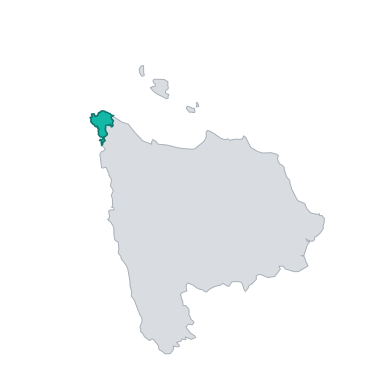 where Gerona sits in Spain, rotated 244°
{"feature_id": "ESP-5820", "entity_name": "Gerona", "entity_type": "Autonomous Community", "adm_level": 1, "iso_a3": "ESP", "parent_name": "Spain", "parent_adm1": "", "projection": "orthographic", "projection_center": [2.529, 42.07], "detail": "fine", "context": "in_parent", "style": "filled", "palette": "teal", "viewbox_px": 384, "rotation_deg": 244, "n_neighbors": 0, "source": "natural_earth", "source_scale": "10m", "svg_char_len": 6409}
<svg xmlns="http://www.w3.org/2000/svg" viewBox="0 0 384 384"><g transform="rotate(244 192 192)"><path d="M204.3,104.2L204.3,105.2L205.8,107.1L210.5,108.4L211.7,109.2L211.4,111.7L210.1,113.7L211.1,114.7L212.3,114.7L213.7,113.1L214.0,114.2L216.1,115.4L220.9,117.5L224.3,117.9L227.7,121.9L233.4,121.4L238.5,125.3L243.4,124.6L244.5,125.3L252.0,125.6L252.5,122.6L253.4,121.4L266.4,125.8L268.0,128.5L267.7,129.8L268.3,132.8L270.1,132.7L273.6,131.1L278.0,133.2L279.2,135.1L280.1,135.2L283.5,133.4L292.6,135.6L293.0,134.2L293.6,133.7L297.5,132.4L299.0,132.1L303.9,133.1L304.5,134.8L305.5,135.4L305.9,136.9L303.0,137.8L302.7,140.4L304.5,142.6L304.8,146.4L299.9,151.2L285.7,159.5L281.0,164.4L270.3,166.8L259.3,170.3L252.6,176.7L254.3,177.3L256.2,179.5L255.5,180.5L252.6,182.0L250.0,182.3L245.0,190.3L238.1,198.5L235.5,202.1L229.9,211.7L229.8,214.5L232.1,224.3L233.5,226.9L235.6,229.1L239.6,231.0L240.5,232.8L239.1,234.5L235.0,237.4L227.8,241.3L224.7,244.4L224.0,247.5L221.9,248.8L220.9,253.1L217.9,259.1L217.7,260.7L219.8,262.9L217.6,264.2L206.6,264.3L199.6,268.7L196.0,272.7L192.6,280.4L188.6,284.8L186.9,285.6L184.4,283.4L181.2,282.9L178.1,283.4L176.4,284.9L173.8,285.6L171.3,284.7L165.9,283.9L163.5,283.8L159.7,284.9L156.5,283.8L151.1,282.9L139.3,283.1L137.8,283.4L132.2,288.2L126.5,287.9L121.2,289.5L117.3,294.3L116.4,297.0L115.5,296.2L114.6,296.4L114.1,298.4L110.4,299.4L106.5,297.3L103.4,294.5L101.7,294.1L99.2,289.9L98.2,287.2L97.6,284.4L97.7,282.5L95.3,281.2L94.9,278.6L97.1,275.6L99.6,274.1L97.4,274.0L95.6,275.9L93.8,272.3L86.0,264.9L86.7,262.7L85.1,264.2L84.1,264.6L79.8,263.8L74.7,264.0L73.8,252.8L75.5,249.1L81.8,242.2L85.4,241.5L87.1,237.8L84.0,237.6L79.8,229.6L81.8,222.7L87.3,218.1L88.4,216.0L88.7,214.1L87.9,212.6L85.3,211.6L83.1,205.7L82.9,202.2L80.8,200.0L79.3,196.4L81.1,196.1L88.1,196.9L89.8,196.2L91.3,194.0L93.1,190.4L93.6,188.1L91.3,184.6L91.2,183.9L91.7,182.8L96.3,179.6L95.8,176.8L97.1,171.1L97.1,167.7L96.9,164.9L95.8,161.2L96.9,159.9L99.2,158.9L101.3,156.2L104.1,154.0L107.6,152.4L111.9,148.6L111.4,146.6L110.2,145.4L105.6,144.1L105.4,143.2L105.9,138.5L104.9,136.5L103.1,136.6L100.6,135.5L99.9,135.9L96.6,135.4L94.4,134.3L93.3,134.9L92.8,136.5L88.8,137.7L86.6,137.4L83.1,135.5L79.0,135.5L78.5,135.1L74.8,136.6L73.7,136.5L72.5,134.0L74.8,130.9L73.5,127.6L72.5,127.4L65.8,128.8L61.6,131.4L60.1,131.5L59.6,130.9L60.0,126.6L64.5,122.6L62.1,121.9L62.4,120.6L64.3,118.7L62.8,116.9L63.5,112.3L59.8,113.3L58.9,113.0L59.1,111.1L61.8,107.7L59.6,107.0L58.1,105.4L56.4,102.1L56.6,100.5L58.3,96.9L61.5,95.5L64.8,93.3L68.8,94.4L75.1,93.0L77.4,92.1L77.5,90.5L76.9,89.3L77.7,88.3L83.0,85.8L86.0,85.8L89.2,84.6L91.1,85.9L92.9,85.7L94.8,87.2L97.2,90.2L100.9,91.8L104.2,91.3L120.3,92.7L125.0,91.8L128.3,93.9L135.1,95.3L139.1,97.1L150.4,100.4L154.5,100.8L163.1,99.1L165.3,99.9L168.7,99.0L170.3,99.3L172.3,101.1L179.5,103.8L181.6,102.1L183.0,101.7L188.2,103.2L193.4,105.8L196.2,106.2L200.3,105.7L204.3,104.2ZM303.1,205.3L305.1,206.2L307.2,205.3L308.4,205.6L309.5,206.0L309.8,207.7L305.3,216.3L301.7,218.6L298.0,216.8L295.9,216.4L295.2,215.7L294.7,213.0L293.8,212.1L292.4,211.7L289.5,213.9L288.7,212.4L287.3,212.1L286.8,211.3L286.8,210.2L295.5,203.5L298.0,202.1L303.3,200.3L304.2,200.6L303.5,201.6L304.2,202.5L303.1,205.3ZM327.6,201.5L326.8,203.9L320.3,200.8L318.2,200.5L317.7,200.0L317.9,197.7L322.2,197.2L325.7,198.4L327.6,201.5ZM267.1,229.0L266.3,230.7L263.1,230.0L262.4,229.3L263.1,227.4L264.0,227.2L264.1,225.9L265.1,224.5L269.7,223.5L270.7,224.4L270.9,225.7L268.1,228.6L267.1,229.0ZM270.2,235.8L269.7,236.1L266.2,235.7L266.1,234.6L266.8,233.1L268.1,234.6L270.2,235.0L270.2,235.8Z" fill="#d9dde1" stroke="#a8b0b8" stroke-width="1"/><path d="M273.7,131.3L274.0,131.5L275.3,131.7L275.7,131.8L276.8,132.6L277.3,132.7L277.7,132.8L278.0,132.9L278.3,133.4L278.5,134.4L278.7,134.8L279.1,135.2L279.4,135.3L279.6,135.4L280.2,135.3L280.5,135.2L281.1,134.7L281.6,134.4L281.7,134.2L281.8,133.8L281.9,133.7L282.2,133.5L283.2,133.6L284.4,133.2L285.1,133.2L285.6,133.5L285.9,133.7L287.0,134.3L287.7,134.4L288.0,134.4L288.1,134.8L288.5,135.3L288.8,135.6L289.2,135.7L289.6,135.9L289.9,136.0L290.1,136.0L290.2,135.9L290.4,135.4L290.5,135.3L290.9,135.3L291.8,135.6L292.3,135.7L292.8,135.6L292.6,135.2L292.4,134.7L292.6,134.5L293.4,133.8L293.8,133.6L294.2,133.6L295.0,133.7L295.4,133.6L295.7,133.4L296.3,132.8L296.6,132.6L297.0,132.6L297.3,132.6L297.6,132.5L298.3,132.0L299.0,132.3L299.3,132.0L299.5,132.1L300.1,132.1L300.4,132.4L300.5,132.7L300.7,132.9L301.0,133.1L301.4,133.2L301.9,133.2L302.4,133.2L303.3,133.1L303.3,133.4L303.1,134.0L303.2,134.4L303.2,134.9L303.4,135.3L303.8,135.6L304.2,135.5L304.7,135.5L305.0,135.8L305.3,135.6L305.6,135.7L306.1,136.0L305.6,137.0L305.5,137.6L305.3,137.8L305.2,138.0L305.0,138.3L304.7,138.1L303.9,138.3L303.3,138.0L303.1,137.8L302.7,137.8L302.3,138.3L302.1,138.9L302.1,139.9L302.1,140.5L302.2,141.0L302.5,141.4L303.2,141.8L303.6,142.3L304.1,143.0L304.0,143.3L303.8,143.6L303.7,143.9L303.8,144.4L303.9,144.9L303.9,145.1L304.0,145.3L304.4,145.6L304.5,145.8L304.4,146.3L304.0,147.2L303.7,147.9L303.4,148.3L302.8,149.1L302.1,149.0L301.3,149.6L301.2,150.4L300.6,150.7L298.8,152.1L298.4,152.7L297.7,152.9L297.3,153.0L296.7,153.2L296.4,153.3L296.1,153.6L295.9,153.9L295.8,154.0L295.5,153.9L295.2,154.6L294.9,153.8L294.9,153.6L294.9,153.4L295.1,153.2L295.0,152.5L294.6,152.1L293.7,151.8L293.3,151.7L293.0,151.8L292.3,152.2L290.5,152.6L288.3,150.3L287.4,150.3L286.9,150.4L286.4,150.2L286.1,149.7L285.8,149.1L285.8,148.6L286.0,148.2L286.2,147.9L287.2,148.4L287.4,148.4L288.0,147.9L288.4,148.0L288.8,147.3L288.8,147.1L288.6,146.8L288.4,146.6L288.3,146.4L289.3,145.2L289.5,144.8L289.6,144.2L289.4,143.6L289.1,143.2L288.7,142.9L287.9,142.9L287.6,142.7L286.8,141.6L286.0,141.8L285.7,141.8L285.4,141.5L285.2,141.1L284.1,141.0L283.9,141.1L283.6,141.3L282.6,141.4L282.0,141.6L281.9,141.6L281.4,141.1L280.9,141.2L280.7,141.1L280.5,140.7L280.5,139.8L280.5,139.5L280.4,139.3L279.9,138.8L279.9,138.7L280.0,138.0L280.3,137.6L280.4,137.4L280.4,137.1L280.3,136.8L280.2,136.8L280.0,136.7L279.8,136.7L279.2,136.8L278.9,136.8L278.2,136.3L277.7,136.2L276.3,136.5L276.1,135.9L276.1,135.7L276.1,135.3L276.1,135.0L275.7,134.6L275.6,134.3L275.6,133.6L275.6,133.4L274.3,132.9L274.0,132.6L273.8,132.2L273.7,131.8L273.7,131.3ZM278.8,131.6L279.0,131.9L279.2,132.3L279.5,132.7L279.4,132.8L279.2,132.8L278.7,132.7L278.4,132.5L278.4,132.2L278.6,131.7L278.8,131.6Z" fill="#14b8a6" stroke="#0f766e" stroke-width="1.5"/></g></svg>